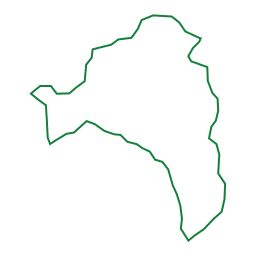 the district of Mjölby, Östergötland, Sweden
{"feature_id": "70781695B90308748952791", "entity_name": "Mjölby", "entity_type": "district", "adm_level": 2, "iso_a3": "SWE", "parent_name": "Sweden", "parent_adm1": "Östergötland", "projection": "mercator", "projection_center": [15.167, 58.323], "detail": "fine", "context": "isolated", "style": "outline", "palette": "green", "viewbox_px": 256, "rotation_deg": 0, "n_neighbors": 0, "source": "geoboundaries", "source_scale": "gbopen_adm2", "svg_char_len": 948}
<svg xmlns="http://www.w3.org/2000/svg" viewBox="0 0 256 256"><path d="M50.1,144.0L56.1,140.1L66.5,133.8L73.9,132.6L80.2,126.9L86.6,121.1L94.6,124.0L104.4,130.9L114.2,134.3L120.5,134.9L127.4,141.8L136.6,144.1L142.3,148.1L149.8,151.6L155.0,159.6L162.4,161.9L168.2,169.4L172.8,185.5L176.8,194.1L180.3,205.6L182.0,218.8L180.8,228.6L187.7,239.5L188.4,240.6L194.6,235.5L203.8,229.2L214.2,218.3L221.6,211.9L224.5,199.3L225.1,183.8L218.2,173.4L219.3,154.5L216.5,144.1L209.0,138.4L211.3,126.9L215.9,120.5L218.2,110.8L217.6,98.7L212.4,93.0L207.8,80.9L207.3,67.1L191.2,61.3L188.3,56.2L192.9,48.1L199.2,41.8L200.6,38.4L200.4,38.4L185.4,31.5L179.1,22.3L171.6,16.5L153.2,15.4L141.7,20.0L137.7,29.2L131.4,37.8L118.2,39.5L111.3,44.7L99.8,47.5L92.6,49.4L91.7,57.7L86.2,64.7L84.7,81.2L76.2,87.5L69.3,93.4L56.7,93.7L50.9,86.0L40.2,86.0L34.7,90.4L30.9,93.7L39.6,100.7L45.9,105.2L46.8,119.5L47.7,137.5L50.1,144.0Z" fill="none" stroke="#15803d" stroke-width="2"/></svg>